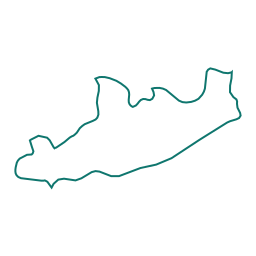 Qacha's Nek, Mercator projection
{"feature_id": "LSO-1214", "entity_name": "Qacha's Nek", "entity_type": "District", "adm_level": 1, "iso_a3": "LSO", "parent_name": "Lesotho", "parent_adm1": "", "projection": "mercator", "projection_center": [28.653, -29.956], "detail": "fine", "context": "isolated", "style": "outline", "palette": "teal", "viewbox_px": 256, "rotation_deg": 0, "n_neighbors": 0, "source": "natural_earth", "source_scale": "10m", "svg_char_len": 1595}
<svg xmlns="http://www.w3.org/2000/svg" viewBox="0 0 256 256"><path d="M208.6,134.1L199.2,140.0L171.5,158.2L156.2,164.6L140.5,168.0L119.1,176.1L111.1,176.1L99.5,171.6L95.5,171.1L91.7,172.1L81.4,178.3L75.5,180.4L64.0,178.7L58.3,179.6L53.6,183.8L51.6,187.6L47.4,181.8L46.2,181.1L44.8,180.4L43.4,180.7L41.6,180.7L21.0,178.2L18.3,177.0L16.6,175.3L15.7,173.5L15.4,171.7L15.4,169.6L15.7,167.3L16.8,162.7L17.9,160.6L19.7,158.6L27.0,154.8L31.6,154.5L32.7,153.4L33.4,151.3L31.8,146.6L29.9,140.4L31.2,139.5L38.5,135.8L47.1,137.7L49.7,140.3L53.6,147.2L54.5,148.3L55.1,147.9L56.2,147.6L64.5,142.0L69.7,137.6L71.0,136.8L72.1,136.2L73.4,135.7L74.9,134.5L76.8,132.7L79.8,128.2L82.2,126.0L84.7,124.2L92.8,120.9L95.6,119.5L97.3,117.7L98.4,114.6L98.3,111.2L96.9,102.8L97.4,97.7L98.8,91.0L98.9,85.1L95.4,78.6L99.4,77.1L101.7,77.0L104.9,77.1L109.7,78.2L116.4,80.8L120.9,83.5L125.3,86.8L127.0,88.5L128.3,90.2L129.0,92.3L129.2,94.7L128.7,99.9L128.8,102.2L129.4,103.9L130.5,105.4L131.8,106.4L132.8,106.9L135.9,105.5L137.6,103.7L139.1,101.7L140.8,100.0L143.1,99.0L145.4,99.1L147.6,99.8L149.9,100.1L152.3,98.8L154.1,95.4L153.5,92.0L152.0,88.6L152.3,88.5L154.6,88.0L159.5,87.9L162.9,88.6L166.1,90.0L178.9,100.6L182.4,102.1L186.3,102.5L191.2,101.9L195.0,100.7L198.5,98.8L202.2,94.7L203.9,91.6L204.9,88.6L206.7,71.8L208.1,69.7L210.3,68.4L215.3,69.6L223.3,72.7L228.1,73.2L231.7,72.3L231.8,72.2L231.5,78.3L230.1,85.6L230.0,92.2L233.4,97.1L236.4,99.4L237.1,101.4L237.0,103.8L237.5,107.7L240.1,112.9L240.6,115.6L239.1,118.0L236.4,119.3L230.1,121.2L227.2,122.5L208.6,134.1Z" fill="none" stroke="#0f766e" stroke-width="2"/></svg>